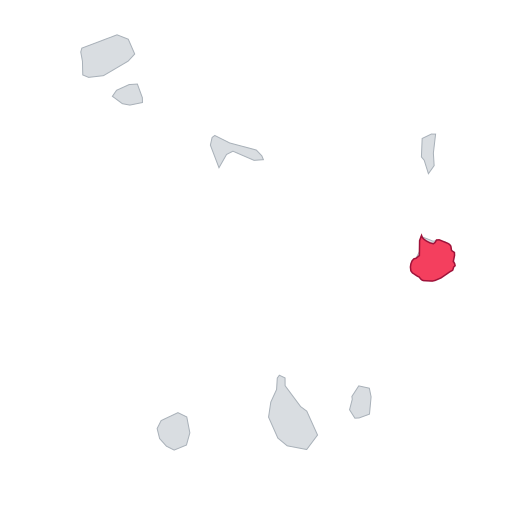 Cabo Verde, with Boa Vista highlighted, rotated 7°
{"feature_id": "CPV-5055", "entity_name": "Boa Vista", "entity_type": "state/province", "adm_level": 1, "iso_a3": "CPV", "parent_name": "Cabo Verde", "parent_adm1": "", "projection": "robinson", "projection_center": [-22.807, 16.113], "detail": "fine", "context": "in_parent", "style": "filled", "palette": "rose", "viewbox_px": 512, "rotation_deg": 7, "n_neighbors": 0, "source": "natural_earth", "source_scale": "10m", "svg_char_len": 1800}
<svg xmlns="http://www.w3.org/2000/svg" viewBox="0 0 512 512"><g transform="rotate(7 256 256)"><path d="M338.9,426.2L329.9,441.9L310.1,440.6L299.9,434.1L288.1,414.4L288.5,399.2L292.7,386.0L292.0,374.6L293.7,371.5L299.7,373.5L300.7,381.2L318.7,400.1L325.3,403.8L338.9,426.2ZM82.6,95.6L68.1,99.1L62.0,97.4L60.0,83.8L57.2,74.9L57.8,70.9L91.1,53.4L102.8,56.4L111.0,70.3L105.4,78.1L82.6,95.6ZM417.5,216.5L429.9,219.7L434.6,218.5L442.5,219.2L451.0,228.2L452.6,237.7L448.4,249.6L431.9,259.4L422.5,258.3L411.3,249.3L417.7,231.7L417.5,216.5ZM210.0,452.1L198.4,458.6L190.3,455.7L182.6,449.0L178.9,439.3L181.9,430.9L197.6,421.0L206.9,424.2L211.9,439.6L210.0,452.1ZM243.4,150.8L249.6,155.9L251.6,159.5L242.4,161.3L220.3,154.8L214.4,158.8L208.5,172.9L197.2,151.5L198.0,143.7L200.4,141.4L216.1,147.0L243.4,150.8ZM378.0,404.2L373.9,404.9L367.6,397.2L369.0,386.5L368.3,383.7L373.8,372.4L384.6,373.4L387.4,381.8L387.9,399.1L378.0,404.2ZM124.6,117.5L112.4,121.6L104.8,121.1L94.0,115.0L97.4,108.5L109.2,101.3L117.3,99.8L123.9,112.7L124.6,117.5ZM421.8,144.6L417.1,153.3L411.3,140.5L408.1,137.5L406.6,119.1L415.2,113.6L419.4,113.1L419.5,132.2L421.8,144.6Z" fill="#d9dde1" stroke="#a8b0b8" stroke-width="1"/><path d="M452.5,237.6L453.1,237.9L454.2,239.6L454.8,241.4L454.0,242.3L453.5,243.0L453.3,244.6L452.9,246.2L450.4,248.0L442.3,255.2L436.8,258.4L434.1,259.4L425.5,260.0L424.0,259.8L422.5,258.9L420.4,256.9L418.7,256.4L413.3,253.7L411.5,251.8L410.6,248.1L410.7,244.9L411.5,241.8L413.0,239.6L415.2,238.7L418.1,235.6L416.5,220.7L417.8,215.4L418.4,216.6L419.0,217.5L420.8,219.0L423.4,220.4L427.2,221.8L430.6,222.2L432.1,220.7L433.2,218.1L435.9,217.6L444.7,220.0L446.3,220.7L447.8,221.9L448.4,223.1L449.3,226.4L449.9,227.0L452.5,228.3L453.0,231.1L452.5,237.6Z" fill="#f43f5e" stroke="#9f1239" stroke-width="1.5"/></g></svg>